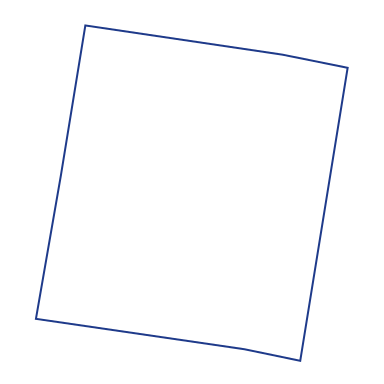 Missaukee, Michigan, United States of America (Robinson projection), rotated 99°
{"feature_id": "52423323B75954483528672", "entity_name": "Missaukee", "entity_type": "district", "adm_level": 2, "iso_a3": "USA", "parent_name": "United States of America", "parent_adm1": "Michigan", "projection": "robinson", "projection_center": [-85.123, 44.337], "detail": "fine", "context": "isolated", "style": "outline", "palette": "blue", "viewbox_px": 384, "rotation_deg": 99, "n_neighbors": 0, "source": "geoboundaries", "source_scale": "gbopen_adm2", "svg_char_len": 255}
<svg xmlns="http://www.w3.org/2000/svg" viewBox="0 0 384 384"><g transform="rotate(99 192 192)"><path d="M44.2,323.4L196.5,324.1L341.7,326.3L339.1,115.6L341.8,58.7L45.0,57.7L42.2,124.2L44.2,323.4Z" fill="none" stroke="#1e3a8a" stroke-width="2"/></g></svg>